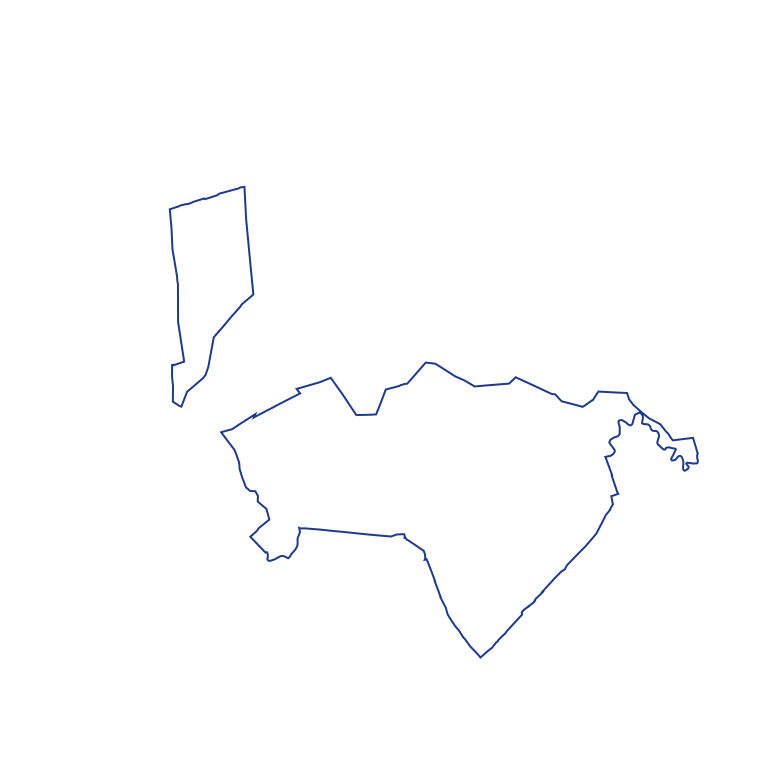 Ilūkste, Ilukstes, Latvia (Albers equal-area conic projection), rotated 230°
{"feature_id": "27541924B8842177834168", "entity_name": "Ilūkste", "entity_type": "district", "adm_level": 2, "iso_a3": "LVA", "parent_name": "Latvia", "parent_adm1": "Ilukstes", "projection": "albers", "projection_center": [26.305, 55.977], "detail": "fine", "context": "isolated", "style": "outline", "palette": "blue", "viewbox_px": 768, "rotation_deg": 230, "n_neighbors": 0, "source": "geoboundaries", "source_scale": "gbopen_adm2", "svg_char_len": 5999}
<svg xmlns="http://www.w3.org/2000/svg" viewBox="0 0 768 768"><g transform="rotate(230 384 384)"><path d="M423.0,347.2L423.4,345.7L423.5,345.7L424.7,341.9L425.6,339.1L426.7,335.8L436.4,313.9L430.7,313.7L435.1,294.6L438.9,277.2L441.9,263.5L442.0,262.9L442.2,263.3L442.9,264.6L443.4,265.5L443.6,265.9L443.7,265.1L444.3,260.7L444.5,258.8L444.7,257.5L444.9,255.9L445.2,253.9L445.4,252.3L445.5,251.4L445.8,249.5L446.0,247.7L446.1,246.9L446.2,245.4L446.4,243.9L446.6,242.0L446.8,240.1L447.2,238.2L448.9,234.6L449.8,232.4L450.2,231.7L451.7,228.2L445.9,227.9L429.4,227.1L425.8,225.9L416.9,222.5L415.7,221.7L411.6,218.7L402.6,214.9L401.8,214.7L401.5,214.6L393.4,211.8L387.9,212.8L384.6,216.5L379.3,215.5L375.1,211.7L363.8,213.6L353.8,209.0L354.1,195.2L353.3,192.7L353.1,191.1L352.9,183.4L344.3,184.0L331.9,184.8L331.0,184.9L330.9,185.4L330.1,186.3L327.9,185.3L326.2,183.8L325.1,182.3L324.2,181.9L323.5,181.9L322.8,182.0L321.9,182.9L321.3,184.0L319.9,187.8L319.3,191.1L319.1,191.6L318.6,194.0L318.3,194.5L317.4,196.0L315.5,197.2L312.1,198.5L312.1,199.8L312.1,200.0L312.1,200.3L313.4,204.2L313.9,207.9L314.1,209.6L315.6,213.4L318.1,216.0L319.6,217.2L321.1,218.3L324.5,224.4L328.3,226.5L327.2,227.1L327.0,227.3L323.6,231.3L319.9,235.0L314.7,240.3L309.8,245.1L304.7,250.0L301.4,253.2L300.6,254.1L285.2,269.0L277.5,276.5L273.7,280.3L266.6,287.4L262.7,291.3L260.6,296.9L256.1,302.8L255.6,302.9L254.4,302.2L253.5,301.4L253.0,300.9L252.8,301.3L252.6,301.6L252.2,301.4L251.6,301.6L250.4,301.3L248.3,302.2L230.8,307.2L228.6,306.4L227.2,305.9L224.3,303.9L223.9,303.4L223.2,302.2L222.3,304.0L209.4,299.7L200.2,296.4L200.3,296.1L196.1,294.6L191.8,293.1L189.3,292.3L187.1,291.3L185.0,290.8L185.1,290.5L183.8,290.0L183.4,289.9L176.5,288.3L173.1,287.6L166.4,284.6L160.8,283.8L152.8,282.9L146.9,282.9L138.1,281.8L137.3,282.1L127.6,281.4L118.6,282.0L115.5,282.1L112.5,282.1L112.5,283.4L112.7,292.5L112.6,295.6L112.5,296.9L112.6,298.1L113.1,299.6L113.3,300.7L113.3,301.1L113.5,302.0L113.9,303.9L113.9,304.7L113.9,306.1L114.3,307.1L114.5,308.5L114.8,312.2L114.9,313.5L114.9,313.9L114.9,316.0L115.8,319.7L118.6,341.6L120.7,342.9L121.1,346.6L120.9,349.1L120.8,350.2L120.9,351.8L120.6,351.8L120.6,352.8L120.6,353.5L120.7,354.5L120.6,355.2L120.5,357.4L120.5,358.0L120.8,359.9L121.0,359.8L121.9,362.1L122.0,363.5L122.0,364.2L122.1,365.0L122.2,366.8L122.4,370.2L122.6,371.9L123.0,371.6L123.8,377.1L123.9,377.8L124.6,383.5L125.5,389.6L126.3,398.6L126.4,399.2L126.3,399.6L125.8,403.6L126.4,404.8L126.5,405.0L127.2,406.9L127.4,407.2L127.6,407.9L129.4,425.7L130.1,433.6L132.3,447.3L132.8,449.9L132.9,450.5L138.0,462.7L140.8,469.3L141.1,469.8L142.1,475.7L142.4,475.8L142.5,476.1L144.7,482.0L151.9,486.0L149.3,492.9L151.0,493.1L164.0,498.2L167.6,499.6L167.6,500.2L184.3,506.2L185.9,506.7L183.9,510.3L183.2,511.9L183.2,512.9L183.0,514.0L183.3,515.8L183.4,516.1L184.0,517.5L185.5,518.3L193.4,518.8L194.6,519.2L195.7,521.4L195.3,525.3L193.6,529.8L194.2,532.4L199.6,537.0L202.8,538.4L204.3,539.2L204.8,540.0L204.9,540.4L204.4,541.8L203.3,543.1L199.6,544.5L197.9,544.8L196.4,544.9L194.1,546.0L193.7,546.5L193.7,548.5L199.2,556.5L198.6,558.5L198.1,561.0L195.8,562.2L193.1,561.7L191.7,560.7L188.1,556.4L186.4,557.1L183.7,560.0L182.8,560.5L180.9,560.7L179.9,560.5L179.1,560.0L178.4,559.6L177.3,559.5L176.4,559.5L175.4,559.9L174.4,560.8L173.5,561.9L172.3,562.7L171.0,562.8L169.2,562.4L167.3,561.3L166.1,559.4L164.6,557.2L163.6,555.9L162.9,555.3L161.9,555.0L160.7,555.0L159.7,555.4L157.2,555.5L156.9,555.7L155.8,555.7L155.7,555.7L153.7,556.4L153.1,557.2L153.2,558.0L153.7,558.9L153.7,559.1L153.5,559.8L153.0,560.6L151.7,562.1L150.8,562.6L149.2,563.8L148.0,565.0L147.3,565.5L146.7,565.7L146.4,565.6L145.7,564.2L144.2,561.1L142.9,557.8L142.3,556.1L141.5,555.5L140.6,555.4L140.2,555.7L139.7,556.2L139.0,557.4L138.9,557.7L138.7,559.1L138.9,560.5L139.2,561.8L139.3,563.2L139.0,564.0L138.6,564.6L138.2,564.9L137.2,565.1L136.0,565.0L134.5,564.5L132.1,563.4L130.0,561.6L128.0,559.6L126.3,558.3L125.6,558.2L125.0,558.3L124.6,558.4L124.3,558.6L124.0,559.3L123.9,560.1L123.7,561.4L123.7,561.9L123.9,562.8L124.2,563.6L124.6,564.0L125.2,564.2L125.7,564.4L126.6,564.2L127.5,564.1L128.4,564.3L128.9,564.6L129.0,564.8L129.0,565.2L128.9,565.5L128.4,566.1L127.5,566.9L126.0,568.3L124.4,569.6L124.0,570.2L123.1,571.4L122.6,572.0L122.3,572.2L122.1,572.7L122.1,573.2L122.3,573.9L123.1,574.8L124.1,575.4L125.9,576.3L127.1,577.2L128.1,578.1L128.6,578.7L128.9,579.6L130.1,580.0L130.4,580.2L133.2,581.4L137.5,583.3L144.1,586.1L155.2,569.0L158.7,569.2L163.3,569.8L166.3,569.5L170.9,569.6L175.5,569.8L185.9,565.6L187.3,565.0L196.5,563.2L207.6,561.6L214.8,561.9L220.8,564.4L222.2,563.0L226.9,557.8L240.4,543.4L238.4,536.7L237.5,534.2L237.3,533.6L237.7,533.2L238.2,526.9L238.4,524.0L238.6,522.9L238.9,521.4L239.4,521.0L240.5,520.3L243.3,518.4L246.4,516.2L249.3,514.2L256.2,509.2L256.9,509.0L257.3,508.9L265.5,508.5L266.0,508.5L268.5,506.1L288.2,496.9L291.0,495.6L296.2,493.1L297.5,492.5L304.5,489.2L303.9,480.1L316.4,462.5L323.9,451.8L327.2,450.7L335.3,447.8L344.2,443.4L346.5,442.7L352.0,441.0L366.5,436.4L373.6,429.7L371.7,417.8L369.3,402.0L370.9,399.7L371.7,397.5L372.5,395.9L372.5,394.8L378.6,381.8L369.9,366.2L365.8,358.4L368.6,354.6L378.0,342.8L402.7,345.6L423.0,347.2ZM655.5,332.2L638.9,320.6L623.8,309.0L623.4,308.7L599.2,294.5L597.6,293.2L594.6,291.2L593.4,290.7L563.8,266.1L529.6,245.3L533.5,235.2L533.8,234.5L534.2,234.8L534.8,234.0L526.5,226.8L517.7,220.8L506.2,210.9L499.0,213.1L496.9,214.2L503.2,225.6L504.6,228.1L504.8,249.0L505.4,251.8L505.6,253.0L510.0,260.4L529.2,283.6L530.8,293.8L531.3,297.1L533.9,311.7L534.1,313.2L535.4,322.4L535.7,323.8L535.8,324.1L536.2,325.5L536.4,326.3L536.5,329.0L536.5,341.4L538.8,343.0L561.1,358.3L562.9,359.5L565.6,361.4L593.9,380.9L598.7,384.2L624.7,403.8L626.4,401.2L627.0,400.1L627.5,397.7L629.7,393.2L632.6,386.8L635.7,380.2L635.8,377.8L635.9,377.3L640.7,365.6L641.7,365.5L645.9,355.4L647.5,350.1L648.3,349.0L649.4,347.3L651.4,343.2L652.4,339.8L652.5,339.8L655.5,332.2Z" fill="none" stroke="#1e3a8a" stroke-width="2"/></g></svg>